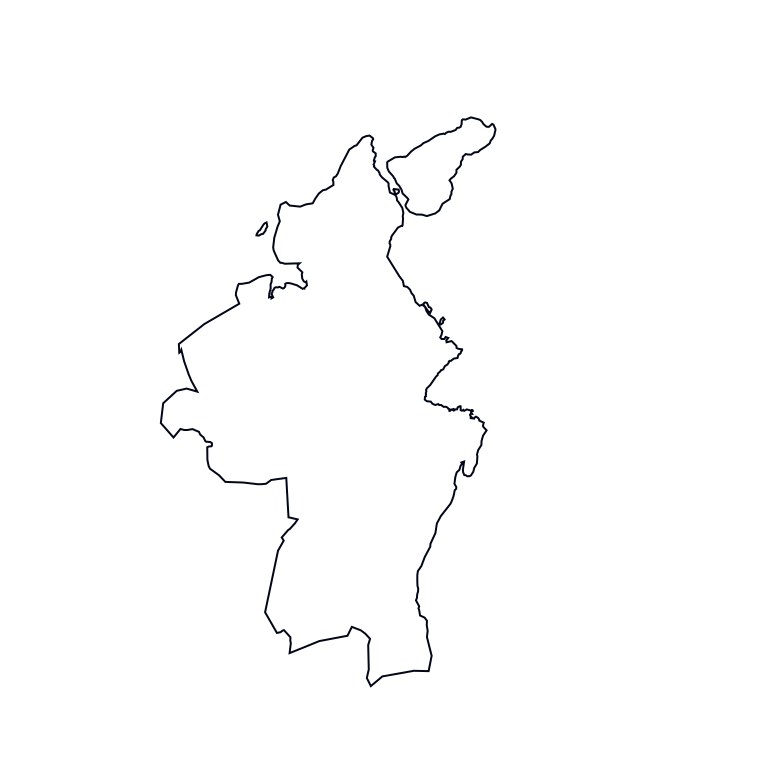 Sorong, Papua Barat, Indonesia, rotated 123°
{"feature_id": "22746128B25112391877259", "entity_name": "Sorong", "entity_type": "district", "adm_level": 2, "iso_a3": "IDN", "parent_name": "Indonesia", "parent_adm1": "Papua Barat", "projection": "albers", "projection_center": [131.348, -1.055], "detail": "fine", "context": "isolated", "style": "outline", "palette": "ink", "viewbox_px": 768, "rotation_deg": 123, "n_neighbors": 0, "source": "geoboundaries", "source_scale": "gbopen_adm2", "svg_char_len": 6171}
<svg xmlns="http://www.w3.org/2000/svg" viewBox="0 0 768 768"><g transform="rotate(123 384 384)"><path d="M312.4,337.4L314.0,340.8L314.2,342.8L312.6,344.1L311.2,350.7L314.9,354.2L313.6,355.5L310.4,355.2L311.0,357.9L313.4,357.9L314.9,360.2L314.3,362.2L311.6,362.5L307.9,363.8L301.4,377.6L301.4,384.2L299.6,388.2L297.0,391.5L296.6,395.1L299.0,396.7L298.1,402.1L293.7,407.2L292.9,410.2L290.7,413.6L289.9,417.3L291.1,420.6L287.2,424.4L285.3,429.8L275.5,450.7L265.1,453.7L263.6,454.7L263.1,455.9L261.2,456.9L258.4,457.0L257.0,457.9L255.3,458.1L245.2,457.5L241.8,455.5L241.5,454.8L240.9,454.8L234.9,458.1L233.0,459.7L230.0,460.9L226.4,464.5L223.5,470.9L223.0,472.9L220.8,474.8L220.0,476.0L219.4,477.6L220.2,483.3L215.6,487.9L213.3,489.4L212.8,490.3L211.8,498.2L210.6,501.7L209.6,502.5L208.2,505.3L208.3,506.5L207.2,510.8L206.1,511.2L205.6,512.3L202.1,512.8L202.4,514.0L202.1,514.2L198.7,515.2L197.5,515.0L195.1,516.6L194.9,520.0L194.1,520.8L191.7,521.4L190.1,525.0L186.7,526.4L184.5,526.4L183.9,527.2L183.5,531.4L185.9,534.0L189.1,536.2L198.7,537.0L200.5,538.4L206.3,540.8L224.8,539.0L232.6,537.4L236.0,537.4L238.2,538.6L241.0,538.0L241.8,536.8L244.6,534.8L252.6,538.6L254.8,540.8L259.8,542.4L266.0,542.6L271.3,542.2L275.9,547.3L280.9,550.9L285.7,560.3L284.8,565.4L289.9,568.4L299.8,565.1L304.3,560.0L310.2,558.9L321.0,555.7L329.9,551.3L332.3,549.0L338.0,540.1L338.8,536.9L338.2,536.2L337.1,532.6L328.8,520.6L331.0,521.2L333.5,519.9L334.8,513.3L336.9,512.6L340.1,510.0L341.6,507.2L341.3,504.9L340.5,504.8L343.3,502.3L346.9,503.0L347.8,502.5L348.2,502.4L346.9,503.0L348.5,504.1L348.6,510.7L350.4,517.0L351.5,519.4L352.8,520.9L353.7,521.4L355.2,520.3L356.7,519.9L358.5,520.3L359.0,520.9L359.5,524.7L360.8,525.6L361.8,527.4L363.0,528.2L365.1,527.9L366.7,528.3L367.5,527.7L369.8,527.3L371.7,524.1L373.4,525.0L372.4,525.6L372.7,526.7L373.9,527.6L370.5,529.5L365.6,531.1L362.2,533.4L359.9,533.8L356.6,535.5L355.0,535.6L354.4,538.8L356.6,541.7L362.5,547.1L372.4,552.3L377.4,557.7L379.0,560.2L380.8,560.2L387.7,558.0L390.2,556.6L395.5,549.1L431.5,567.3L462.2,577.8L469.3,572.7L467.8,572.2L465.7,572.6L473.9,563.9L482.5,552.8L486.4,547.0L492.1,536.4L495.3,547.0L502.6,554.1L520.4,558.7L538.3,549.9L543.5,531.4L532.6,530.2L531.4,526.5L529.8,524.0L526.1,520.0L524.9,513.1L526.5,510.7L527.1,506.1L529.1,503.0L529.3,501.8L527.3,498.2L527.3,496.2L528.8,495.0L530.1,494.7L531.9,496.9L533.3,497.8L543.8,490.8L548.2,486.5L549.8,483.8L550.4,472.6L552.5,463.7L543.3,448.4L536.9,435.5L534.7,432.1L531.9,428.6L525.9,426.3L516.0,414.8L547.8,391.5L544.6,382.7L549.2,382.8L557.1,384.1L558.5,384.8L568.4,386.2L570.0,382.8L581.5,382.1L640.2,359.4L651.1,338.2L648.5,335.6L646.0,334.7L644.9,333.8L647.4,324.5L650.3,322.8L652.1,321.0L661.1,316.6L634.8,298.2L615.0,277.5L605.2,278.7L603.2,269.2L603.6,263.6L605.3,256.9L611.5,255.1L631.7,241.3L639.9,238.3L644.5,230.5L630.1,226.1L608.3,202.8L600.5,190.2L586.0,196.0L572.8,210.2L567.3,212.9L563.0,216.8L559.2,219.0L557.8,222.7L558.5,227.7L554.3,231.5L553.4,232.9L551.3,233.4L548.1,239.3L545.4,239.9L542.1,241.7L539.5,242.4L536.8,244.0L535.2,245.9L530.6,249.1L526.1,252.0L522.4,253.7L516.4,253.5L506.8,255.6L495.2,256.6L492.7,258.0L481.0,259.7L472.2,263.7L463.7,264.4L448.3,263.0L444.9,263.5L439.9,264.7L434.6,266.8L432.6,266.4L431.0,267.3L429.3,270.6L423.2,273.5L418.5,274.9L414.9,274.0L410.7,275.3L408.6,274.9L407.7,276.4L405.4,274.6L413.0,271.1L414.9,269.6L416.6,267.1L416.0,265.8L416.0,263.9L414.7,262.0L413.2,261.3L409.0,261.3L405.2,262.6L400.1,262.8L393.9,266.2L392.5,267.6L388.2,269.0L382.1,269.1L378.8,271.1L373.3,272.8L367.0,272.7L365.8,277.5L365.1,278.3L362.1,279.3L362.8,284.1L362.0,284.7L361.2,286.6L361.3,289.1L363.1,289.9L363.9,289.6L365.4,292.7L364.7,293.1L364.1,292.5L363.5,294.6L362.9,295.1L361.8,295.1L361.1,293.8L360.1,295.7L359.1,295.6L358.2,294.8L357.7,295.6L358.0,296.3L359.0,296.7L360.2,300.7L362.8,302.1L362.5,303.4L363.5,303.6L364.0,304.4L364.2,305.4L361.0,307.6L361.2,308.2L363.4,309.5L365.4,308.9L366.2,310.1L367.9,310.8L366.5,312.6L368.3,311.8L368.6,313.4L370.8,314.1L370.9,314.7L369.4,315.4L369.7,316.8L369.2,317.7L369.3,319.5L370.7,321.6L370.5,324.5L371.6,326.4L371.3,327.6L373.7,329.6L374.2,332.6L373.3,335.1L375.1,338.7L374.9,341.3L372.5,342.6L371.4,342.1L370.6,343.0L369.7,343.1L368.9,344.0L367.2,344.4L366.1,345.5L364.1,345.7L359.8,344.7L349.3,344.4L347.5,343.8L345.8,344.5L342.6,343.6L341.6,343.8L339.5,342.3L336.0,342.7L333.0,341.4L330.6,341.4L329.8,341.9L328.7,341.4L328.2,340.5L324.7,339.3L322.1,336.5L320.0,337.3L318.0,337.4L317.3,336.7L316.2,336.5L314.9,337.1L313.3,336.8L312.4,337.4ZM106.9,433.5L107.0,435.0L111.1,436.0L112.4,438.1L111.9,442.1L110.8,444.3L110.2,447.0L110.6,449.0L113.0,456.2L117.7,459.5L119.3,462.2L120.6,462.3L123.9,460.4L126.6,459.8L128.0,460.5L129.3,462.1L132.0,462.3L136.2,465.4L137.3,467.3L139.3,468.6L141.2,469.1L141.6,470.4L144.5,473.5L148.4,476.0L156.1,479.2L160.4,482.1L164.0,483.1L170.1,486.5L174.4,487.9L179.7,488.8L182.2,489.9L182.3,490.9L183.6,492.1L184.4,493.9L188.0,498.3L195.5,502.0L196.5,502.0L201.0,498.9L203.1,495.7L204.8,489.4L205.9,487.6L205.9,486.8L208.8,482.6L209.5,479.2L211.4,475.3L214.1,472.1L215.2,466.1L215.9,464.1L222.1,463.5L222.8,463.0L224.0,461.3L225.5,456.0L224.2,449.1L221.3,444.5L219.8,439.5L213.0,433.9L208.3,432.2L201.0,433.1L193.2,429.6L189.9,430.8L188.2,430.8L186.0,432.2L182.7,432.7L178.9,436.6L177.5,440.0L175.5,439.8L171.6,438.4L167.4,438.3L164.9,439.9L160.3,438.8L158.3,438.9L155.7,440.5L152.6,440.5L150.5,441.7L146.6,440.7L145.8,438.5L144.1,435.8L140.6,434.4L138.2,431.4L135.4,430.8L129.8,428.2L124.6,426.4L121.5,427.1L119.6,426.7L115.7,426.9L110.2,428.9L109.2,429.8L106.9,433.5ZM323.9,567.2L319.8,566.9L318.7,567.5L315.5,567.6L312.5,570.5L314.3,571.6L315.9,571.9L322.6,571.8L323.8,572.5L327.6,572.4L328.8,571.9L327.7,569.8L325.2,568.5L323.9,567.2ZM299.2,384.0L295.6,384.6L294.6,386.7L295.1,388.2L292.6,392.1L293.2,394.0L294.7,394.6L295.8,394.4L298.6,387.4L299.2,384.0ZM215.8,482.0L216.5,481.2L216.5,480.2L217.6,479.4L218.3,477.1L215.7,476.0L214.5,476.2L213.0,477.6L215.1,482.0L215.8,482.0ZM303.2,368.8L300.5,367.9L298.8,368.8L296.9,368.3L296.1,370.7L299.0,371.5L302.6,370.5L303.1,370.1L303.2,368.8Z" fill="none" stroke="#020617" stroke-width="2"/></g></svg>